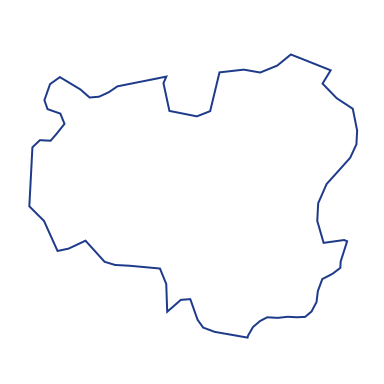 Hongseong-gun, South Chungcheong, South Korea (Equal Earth projection), rotated 3°
{"feature_id": "91817680B43357769940671", "entity_name": "Hongseong-gun", "entity_type": "district", "adm_level": 2, "iso_a3": "KOR", "parent_name": "South Korea", "parent_adm1": "South Chungcheong", "projection": "equal_earth", "projection_center": [126.624, 36.558], "detail": "fine", "context": "isolated", "style": "outline", "palette": "blue", "viewbox_px": 384, "rotation_deg": 3, "n_neighbors": 0, "source": "geoboundaries", "source_scale": "gbopen_adm2", "svg_char_len": 1048}
<svg xmlns="http://www.w3.org/2000/svg" viewBox="0 0 384 384"><g transform="rotate(3 192 192)"><path d="M160.3,78.1L112.0,90.4L103.7,96.7L94.2,101.7L84.8,103.0L75.3,95.5L63.5,89.2L54.0,84.2L44.6,91.7L39.8,108.0L43.4,116.8L56.4,120.6L61.1,130.6L54.0,140.6L48.1,148.2L37.4,148.2L30.3,155.7L30.3,170.8L30.3,190.9L30.3,203.5L30.3,214.8L38.6,222.3L45.7,228.6L60.8,257.9L71.7,255.0L88.2,246.2L108.4,266.3L119.0,268.9L133.2,268.9L164.0,270.1L171.1,285.2L173.5,312.9L186.5,300.3L195.9,299.1L204.2,319.2L210.2,326.8L222.0,330.5L255.1,334.5L255.5,332.5L260.0,323.6L266.8,317.2L273.7,313.2L284.3,313.2L294.1,311.6L303.2,311.6L311.5,310.8L317.6,305.1L322.1,295.4L322.9,284.2L326.7,272.1L336.5,266.4L344.1,260.0L344.1,253.6L349.5,233.1L346.4,232.0L326.1,235.9L318.6,214.3L318.6,196.6L326.0,177.0L337.1,163.3L348.2,149.5L353.7,135.8L353.7,122.0L348.2,100.5L331.5,90.7L316.7,76.9L324.1,63.2L283.5,49.5L270.5,61.3L253.9,69.1L237.3,67.1L213.2,71.1L205.9,110.3L192.9,116.2L165.2,112.2L157.8,84.8L160.3,78.1Z" fill="none" stroke="#1e3a8a" stroke-width="2"/></g></svg>